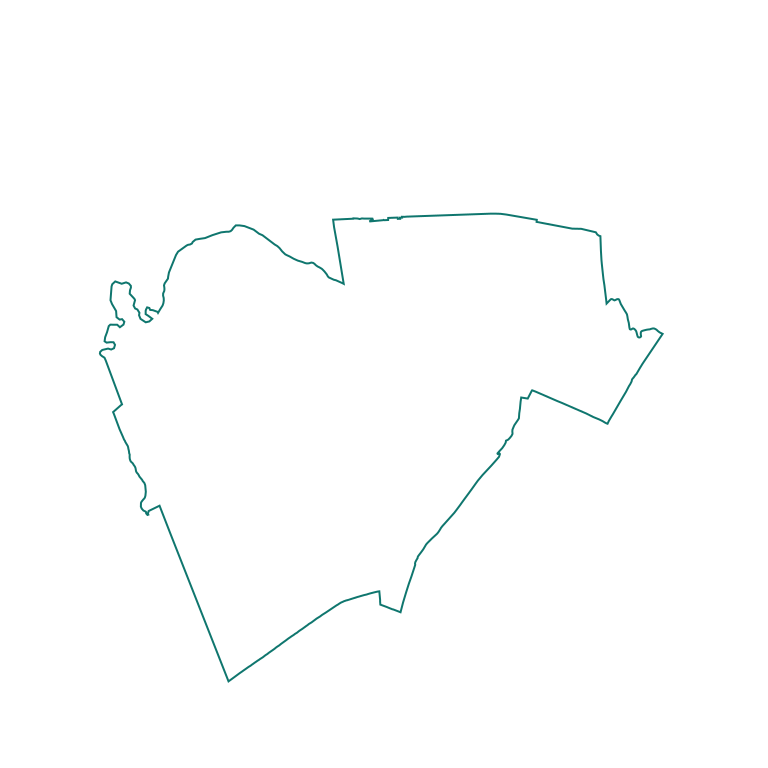 Ghidigeni, Galati, Romania, rotated 64°
{"feature_id": "2599482B46440219458766", "entity_name": "Ghidigeni", "entity_type": "district", "adm_level": 2, "iso_a3": "ROU", "parent_name": "Romania", "parent_adm1": "Galati", "projection": "natural_earth1", "projection_center": [27.503, 46.029], "detail": "fine", "context": "isolated", "style": "outline", "palette": "teal", "viewbox_px": 768, "rotation_deg": 64, "n_neighbors": 0, "source": "geoboundaries", "source_scale": "gbopen_adm2", "svg_char_len": 6165}
<svg xmlns="http://www.w3.org/2000/svg" viewBox="0 0 768 768"><g transform="rotate(64 384 384)"><path d="M517.7,200.5L515.9,198.3L513.1,194.1L511.4,191.4L503.0,178.9L498.8,172.5L497.1,169.9L493.3,164.8L492.1,162.8L490.6,160.8L490.3,160.4L488.8,159.2L488.2,158.3L487.7,157.0L486.8,155.3L485.9,153.7L485.9,153.1L481.9,147.1L479.1,142.7L461.1,111.6L460.0,112.4L459.4,112.9L458.9,113.3L458.1,113.8L456.3,114.7L455.1,115.1L453.8,115.8L452.6,116.8L452.2,117.4L451.9,118.1L451.7,119.0L451.5,120.0L451.4,121.1L451.2,121.7L450.8,122.7L450.3,124.4L449.7,127.3L449.5,128.5L449.5,129.2L449.6,129.7L450.0,130.3L450.5,130.7L451.8,131.4L452.5,131.6L453.2,131.8L453.8,132.0L454.1,132.4L454.2,132.8L454.3,133.4L454.2,133.9L454.0,134.3L453.6,134.8L453.2,135.0L452.7,135.2L451.2,135.0L447.8,134.3L446.9,134.2L445.7,134.4L445.0,134.6L444.1,135.0L443.7,135.3L443.4,135.6L443.2,136.0L443.2,136.4L443.3,138.0L443.1,138.5L442.8,138.8L442.5,139.0L441.8,138.9L440.6,138.6L436.4,137.2L432.8,136.5L429.9,135.6L428.7,135.3L427.9,135.1L426.0,135.2L423.5,135.5L415.9,136.1L411.6,135.7L410.7,135.9L410.2,136.6L409.9,137.8L410.0,139.2L409.8,140.3L409.0,140.8L407.8,141.7L407.3,142.5L407.3,143.2L409.3,148.7L406.0,147.5L391.8,142.6L386.0,140.8L381.8,139.3L371.6,135.6L367.9,134.2L359.3,130.6L346.0,124.7L344.8,125.9L343.1,126.8L340.5,127.1L331.0,138.7L326.9,146.7L305.5,175.4L305.2,175.8L303.4,174.7L285.3,199.8L282.1,204.7L280.0,208.7L278.0,212.7L243.5,290.3L242.7,292.4L241.6,294.5L242.4,294.8L242.1,295.5L241.5,296.7L242.6,297.1L241.6,299.2L240.4,298.8L236.6,307.4L238.4,308.4L237.0,311.7L236.8,312.0L236.3,312.5L236.4,312.9L231.5,325.9L231.1,322.4L231.2,322.0L230.3,321.9L226.6,329.4L225.5,331.3L225.1,333.5L223.7,335.2L221.7,338.9L222.0,339.1L214.0,357.7L221.1,360.1L240.2,365.5L276.3,376.3L275.1,377.2L269.7,381.7L268.3,383.4L264.0,386.9L262.6,387.3L260.4,387.4L258.5,387.8L256.7,388.2L254.5,388.9L253.2,389.4L250.9,390.9L249.2,392.2L247.3,393.2L245.5,393.8L244.1,394.6L243.0,396.1L242.6,398.6L241.8,400.5L240.7,401.9L238.4,404.0L235.3,407.4L231.8,410.3L228.0,412.9L225.8,414.7L224.2,415.9L220.2,417.4L216.1,418.3L213.3,419.4L210.7,421.1L197.0,428.0L194.2,430.4L188.1,433.5L180.9,440.2L178.0,444.5L176.5,447.7L177.6,450.8L178.9,453.1L179.4,454.9L179.1,456.7L178.0,459.1L176.3,463.9L175.0,472.9L174.4,480.9L172.8,485.9L171.6,490.1L172.5,493.7L173.5,495.0L173.6,497.1L173.0,499.1L173.0,500.7L174.8,511.1L176.9,514.4L189.5,528.4L193.0,531.0L194.6,532.0L197.4,537.0L198.9,538.5L200.6,539.0L202.4,539.7L203.9,540.6L205.8,542.8L207.7,543.8L210.1,544.3L212.4,545.3L214.7,546.9L216.4,548.6L218.7,552.4L221.0,555.9L219.9,555.9L216.3,559.4L214.9,561.7L212.8,561.6L211.3,563.3L212.7,565.2L213.7,566.1L216.7,567.6L219.5,565.9L223.8,563.7L224.9,567.5L224.1,571.1L218.7,574.3L214.8,574.0L212.8,572.6L208.9,573.0L207.0,574.6L203.7,574.7L199.5,571.0L198.0,571.0L191.4,573.0L188.4,571.2L186.4,569.2L184.8,568.5L181.8,569.3L179.6,571.3L178.9,575.8L174.0,580.6L175.2,584.5L176.9,586.1L188.8,593.1L192.9,593.4L201.0,592.8L206.7,595.1L210.2,593.4L210.9,591.0L214.2,590.1L216.4,592.1L217.2,596.5L213.8,597.8L210.7,604.0L211.3,606.0L216.0,610.2L219.7,614.1L223.1,616.4L225.2,615.2L226.4,611.8L227.9,608.8L230.9,608.6L233.5,611.0L233.4,614.1L231.2,616.5L229.9,622.3L230.7,625.0L232.1,626.0L233.5,626.0L235.4,625.2L237.8,623.7L241.0,623.8L287.5,628.4L287.7,629.7L290.5,639.8L292.6,639.9L308.8,641.5L316.9,641.8L320.0,642.0L321.5,641.8L322.9,641.9L327.3,641.5L328.7,641.7L330.0,642.1L332.3,642.6L334.6,643.4L335.9,643.5L338.0,644.6L339.8,645.3L340.5,645.4L341.7,645.6L342.7,645.5L343.7,645.2L344.5,644.8L345.2,644.6L346.1,644.5L346.7,644.5L347.8,644.3L349.1,644.1L350.6,644.2L351.7,644.5L352.7,644.8L353.8,645.1L354.7,645.1L355.5,645.0L356.8,644.6L357.5,644.5L358.6,644.4L360.1,644.4L360.4,644.3L363.8,643.5L364.4,643.4L365.4,643.4L367.8,642.8L368.3,642.8L370.3,643.0L376.4,645.3L379.8,647.4L381.2,648.7L381.8,649.6L382.3,651.0L383.5,653.5L384.2,654.4L384.4,654.6L385.2,655.0L387.7,656.3L388.2,656.3L389.6,656.4L390.2,656.3L391.2,656.0L392.0,655.8L392.2,655.7L392.8,655.3L394.0,654.3L394.4,654.1L394.8,654.0L395.0,654.1L396.1,654.5L398.0,654.0L398.1,653.1L397.0,653.0L395.0,651.2L395.0,639.1L423.7,641.5L583.1,654.1L582.9,653.0L582.5,650.6L581.1,643.0L580.6,640.3L580.2,637.6L579.9,635.9L579.6,633.9L578.9,629.7L578.7,627.4L578.3,625.5L578.2,624.6L577.9,623.0L577.7,621.7L577.6,620.9L577.3,619.1L577.1,617.2L576.9,616.3L576.5,612.7L575.8,609.5L575.5,606.9L575.2,605.9L575.0,604.7L574.4,600.8L574.0,598.4L573.6,596.9L573.3,595.3L573.0,592.7L572.5,590.7L571.8,586.7L571.5,584.9L570.8,581.4L570.6,579.9L570.2,577.5L570.1,576.4L569.9,574.9L569.6,573.6L569.4,571.2L568.8,568.7L568.5,566.6L568.3,564.9L567.4,559.9L567.2,558.4L566.8,556.9L566.5,553.6L565.3,547.4L564.9,543.4L564.4,540.9L563.9,536.3L562.9,529.1L562.1,523.4L562.1,522.5L561.8,520.5L561.6,518.5L561.7,516.3L561.7,515.0L561.8,514.4L562.0,512.6L562.2,512.0L563.8,501.2L564.1,499.7L564.3,498.4L565.0,494.4L565.6,491.9L565.8,490.3L566.1,488.5L566.9,484.6L567.6,481.4L567.9,480.3L568.3,479.1L576.5,482.2L577.9,482.9L580.7,484.0L585.5,479.4L588.1,477.1L589.5,475.8L590.1,475.3L590.7,474.5L596.4,469.2L588.8,462.7L580.9,455.4L574.2,449.0L569.1,443.8L562.9,437.8L560.2,435.2L559.1,434.9L557.8,433.9L556.2,431.7L555.2,430.1L554.6,429.8L553.9,429.1L553.1,427.6L551.7,424.8L549.8,421.2L546.7,416.5L545.9,414.6L543.9,408.8L542.8,405.1L541.9,402.1L541.1,400.3L540.1,398.6L539.1,397.0L538.4,396.0L537.4,394.0L530.6,377.3L529.0,374.1L526.0,368.3L525.0,366.5L522.5,361.8L521.0,358.9L517.0,351.3L513.8,345.4L512.0,342.0L509.0,335.3L504.4,323.3L501.3,315.8L499.9,312.6L498.0,310.7L497.6,310.5L497.3,310.5L497.1,310.6L497.0,310.9L497.0,311.8L496.8,312.4L496.5,312.5L496.1,312.4L494.8,309.3L493.5,305.9L491.7,302.7L490.0,300.3L488.4,299.2L488.4,298.8L488.5,297.7L488.4,296.6L487.7,294.7L486.6,292.3L485.3,290.5L484.6,290.1L483.0,289.5L481.4,288.6L478.9,285.8L478.1,284.8L474.8,279.0L474.0,277.8L469.5,275.2L465.9,272.7L463.4,271.2L459.8,269.0L456.3,266.6L460.1,261.2L454.6,253.8L454.7,253.5L457.4,251.0L475.3,235.7L479.1,232.3L490.6,222.5L499.1,215.2L505.4,210.4L510.1,206.2L513.2,203.8L516.0,202.0L517.1,201.1L517.7,200.5Z" fill="none" stroke="#0f766e" stroke-width="2"/></g></svg>